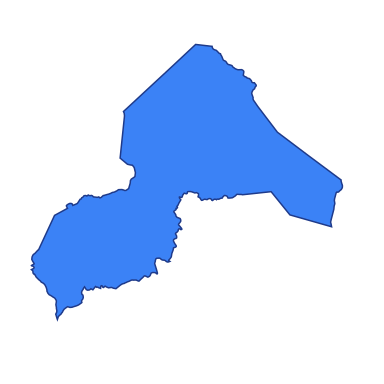 outline of San Miguel Ixitlán, Puebla, Mexico, rotated 9°
{"feature_id": "50627088B6450542910055", "entity_name": "San Miguel Ixitlán", "entity_type": "district", "adm_level": 2, "iso_a3": "MEX", "parent_name": "Mexico", "parent_adm1": "Puebla", "projection": "mercator", "projection_center": [-97.779, 18.007], "detail": "fine", "context": "isolated", "style": "filled", "palette": "blue", "viewbox_px": 384, "rotation_deg": 9, "n_neighbors": 0, "source": "geoboundaries", "source_scale": "gbopen_adm2", "svg_char_len": 5979}
<svg xmlns="http://www.w3.org/2000/svg" viewBox="0 0 384 384"><g transform="rotate(9 192 192)"><path d="M111.7,123.2L112.7,124.8L113.4,127.3L113.5,128.7L115.7,169.8L123.9,174.7L126.6,174.9L129.0,174.9L131.1,176.9L133.1,181.8L133.2,185.7L132.6,186.4L130.0,188.8L129.4,190.4L129.6,193.0L128.9,198.5L126.5,200.8L125.5,201.0L124.9,201.0L124.3,200.7L123.3,200.7L122.5,200.5L119.0,201.2L117.3,202.9L116.5,203.3L115.7,204.0L114.9,204.4L113.4,204.9L111.8,206.1L109.9,207.2L108.4,207.8L107.5,208.3L106.9,208.5L106.3,208.8L106.1,209.0L105.6,209.2L104.9,209.3L103.2,211.5L102.6,211.9L102.1,212.1L101.5,212.1L101.3,211.9L101.1,211.6L100.7,211.5L100.4,211.5L99.8,211.9L99.0,212.2L98.4,212.1L96.7,212.2L95.3,212.2L95.0,212.0L94.4,211.4L93.3,211.1L92.1,211.5L90.8,211.6L90.0,211.2L88.8,212.4L87.6,212.1L86.0,212.5L84.9,214.3L84.0,214.9L83.5,216.3L82.6,216.7L80.9,220.6L80.4,221.4L76.4,223.9L75.8,222.8L75.5,222.5L74.4,222.2L73.1,222.4L72.0,223.1L70.9,224.0L70.1,225.0L70.3,225.8L71.6,227.6L59.9,236.6L49.5,273.1L48.9,273.5L46.4,277.3L45.3,278.3L44.7,279.3L44.2,281.2L44.3,283.6L45.3,285.1L47.3,287.4L47.3,287.7L46.4,288.5L45.1,289.5L44.9,289.8L45.1,290.0L46.8,290.2L47.5,290.8L47.9,291.4L47.5,292.4L46.1,293.3L45.5,293.8L46.4,294.3L47.0,294.7L47.3,295.3L47.6,296.7L48.1,297.4L49.0,298.0L49.3,297.8L49.5,298.0L50.0,298.6L50.3,298.9L51.3,300.3L54.4,302.6L55.8,303.4L56.1,303.5L57.2,304.6L58.8,305.1L60.1,305.8L61.1,306.6L62.2,308.0L63.0,309.2L63.9,311.1L64.4,313.0L64.8,313.4L65.5,314.5L67.0,315.8L69.1,316.5L70.0,316.9L70.7,317.3L72.5,318.0L73.5,318.6L74.1,319.5L74.6,319.9L75.1,320.9L75.2,322.2L75.2,324.6L76.2,327.5L76.3,328.3L77.0,330.1L77.2,331.5L76.8,333.3L76.5,333.9L78.5,338.1L79.0,339.0L79.5,335.9L81.0,333.9L81.6,333.3L81.9,332.7L82.2,331.9L82.6,331.4L83.0,330.4L83.2,329.5L84.1,327.7L85.3,326.4L87.1,324.7L89.5,325.1L91.5,324.6L93.4,323.6L95.7,322.5L97.6,321.3L99.6,319.4L100.5,318.4L100.0,317.1L99.9,316.6L100.9,314.7L101.1,313.3L100.8,312.0L100.4,310.9L99.3,310.3L99.1,309.7L98.7,308.9L98.7,307.7L99.0,306.4L99.7,305.2L99.8,304.3L100.7,302.5L102.9,305.0L104.4,305.3L106.2,304.7L107.3,303.4L109.4,304.1L111.5,300.4L112.7,301.0L112.9,300.8L113.8,300.8L114.6,301.1L116.8,301.5L116.7,299.4L116.9,298.9L117.2,298.7L117.7,298.7L118.3,299.2L118.7,299.9L119.3,300.2L119.7,300.1L120.5,298.8L121.1,298.6L121.5,298.7L122.0,299.1L124.6,299.7L127.2,298.9L127.9,298.9L129.3,299.3L132.0,299.4L135.7,295.3L137.0,294.1L138.1,293.4L139.4,292.9L140.2,292.2L141.3,291.6L142.3,290.8L143.6,290.2L145.8,288.6L146.7,288.3L147.8,288.2L150.6,287.7L152.8,288.3L153.6,288.3L155.7,285.4L156.5,284.5L157.9,282.5L158.5,282.2L159.3,282.3L161.7,283.0L162.2,282.7L163.3,281.8L163.9,280.5L164.1,279.3L164.3,278.6L164.9,278.1L166.0,277.6L168.3,277.4L169.0,277.7L169.6,278.2L170.3,278.4L170.5,278.0L170.6,277.6L168.9,273.8L166.4,268.7L166.3,268.1L166.6,266.3L166.5,265.4L166.7,264.2L166.9,263.5L167.3,263.2L167.7,262.9L170.2,262.4L170.8,262.5L171.9,263.2L173.2,263.8L175.6,263.7L176.5,264.0L177.3,264.6L178.5,265.0L179.6,264.8L181.0,264.0L179.7,263.4L179.7,262.9L180.7,261.4L181.6,259.6L181.7,258.9L181.7,257.4L181.7,255.9L182.4,252.5L182.5,250.0L184.1,249.2L184.6,248.8L184.9,248.4L184.9,247.9L184.7,247.4L183.0,245.6L181.9,244.1L181.4,243.3L181.2,242.6L181.3,242.1L181.5,241.7L182.3,240.9L182.8,240.6L183.3,240.5L183.6,240.2L183.9,239.9L184.0,239.6L183.8,238.3L183.6,237.7L182.3,236.0L182.2,235.7L182.3,235.4L182.6,234.9L183.5,234.0L184.2,232.9L184.3,232.5L184.4,232.0L184.3,231.6L184.5,231.0L184.7,230.6L185.0,230.4L185.4,230.3L185.8,230.4L186.8,230.9L187.1,230.9L187.7,230.5L187.8,230.3L187.4,229.6L185.0,227.4L183.9,226.6L183.8,226.2L183.8,225.8L184.0,225.4L184.8,224.1L185.4,222.9L185.4,222.3L185.3,221.6L185.0,220.9L184.6,220.3L184.2,220.0L181.8,219.5L181.0,219.2L180.3,218.6L179.8,218.0L179.6,217.2L179.2,216.6L177.3,214.6L177.1,214.1L177.2,213.8L177.6,213.3L178.7,212.2L179.0,211.8L179.0,211.2L178.8,210.7L179.4,210.5L180.0,210.0L180.1,209.7L180.0,209.4L179.8,209.1L179.4,208.8L179.5,208.2L180.1,207.6L180.9,204.7L182.2,201.5L180.8,200.2L180.4,199.6L180.4,198.9L182.7,199.0L183.2,198.1L183.1,197.5L183.5,196.1L183.8,195.8L184.0,195.1L184.5,194.4L186.6,194.7L187.4,194.2L187.5,193.9L187.4,193.3L187.5,192.8L187.6,192.5L188.0,192.3L189.0,192.0L190.6,191.8L192.0,191.9L195.0,192.5L196.5,191.9L198.6,192.6L198.8,193.3L198.9,194.3L198.7,195.8L199.1,196.0L199.6,196.0L201.1,196.9L201.9,198.0L202.7,198.7L203.1,198.7L203.8,198.4L204.4,197.9L205.2,197.3L205.8,197.1L207.6,197.2L208.4,197.0L208.9,196.4L209.8,195.9L210.7,195.7L211.4,195.7L212.4,196.4L212.8,197.0L213.6,197.2L215.0,195.7L216.0,195.5L216.8,195.5L217.4,195.8L217.9,195.2L218.9,194.9L219.6,195.0L221.2,193.8L222.9,193.2L223.1,192.2L223.7,191.5L224.0,191.0L224.5,190.4L225.5,190.3L226.8,190.5L227.4,190.8L228.1,191.7L228.3,192.2L228.9,192.3L230.1,192.1L232.7,191.4L233.5,190.8L234.0,190.3L235.2,189.3L235.9,188.4L236.4,187.6L236.7,187.3L237.7,187.1L238.3,187.1L239.8,186.9L241.0,186.7L242.3,186.8L270.1,179.3L292.3,199.3L335.3,204.5L334.3,201.7L333.6,200.1L333.8,197.2L334.8,186.8L334.6,183.8L334.9,181.2L334.6,180.1L333.9,178.1L333.9,176.0L334.1,174.4L334.5,170.3L335.2,169.3L335.9,169.4L336.8,169.0L337.7,167.7L339.0,166.3L339.6,164.9L339.8,163.6L339.5,161.9L338.7,160.4L337.5,157.8L337.4,156.8L300.8,137.6L267.0,119.6L243.6,97.2L238.2,91.5L237.7,90.5L237.6,89.2L235.6,85.5L235.6,84.0L236.3,81.7L237.7,80.2L237.8,79.1L238.1,78.2L238.5,77.8L238.8,77.0L238.6,76.3L236.5,74.3L235.8,74.5L235.1,74.5L234.2,74.3L233.7,73.8L233.2,72.7L231.1,71.0L228.6,70.8L228.2,70.3L227.1,69.9L225.8,69.7L224.9,69.0L224.4,68.7L224.4,65.3L224.2,64.6L223.6,64.1L222.8,63.6L221.7,63.4L218.7,64.0L217.5,64.0L215.2,63.4L214.2,62.8L213.4,62.5L212.7,62.0L211.7,60.9L210.3,60.6L208.1,60.4L207.1,60.0L206.3,59.3L205.8,58.5L204.7,57.6L202.7,57.0L202.1,56.6L200.2,53.4L198.8,51.7L198.5,51.0L197.2,50.8L193.9,48.3L191.6,47.9L190.7,47.5L190.2,47.1L189.6,46.3L189.2,45.6L189.1,45.0L172.5,45.7L153.5,70.1L113.8,120.6L111.7,123.2Z" fill="#3b82f6" stroke="#1e3a8a" stroke-width="1.5"/></g></svg>